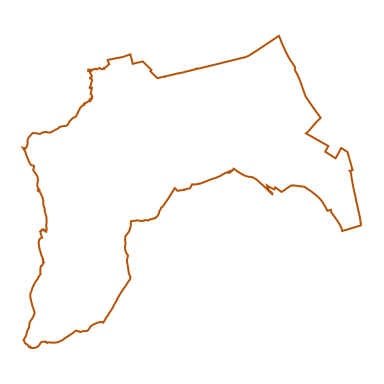 Luizi-Calugara, Bacau, Romania (Mercator projection)
{"feature_id": "2599482B12276369319500", "entity_name": "Luizi-Calugara", "entity_type": "district", "adm_level": 2, "iso_a3": "ROU", "parent_name": "Romania", "parent_adm1": "Bacau", "projection": "mercator", "projection_center": [26.83, 46.517], "detail": "fine", "context": "isolated", "style": "outline", "palette": "amber", "viewbox_px": 384, "rotation_deg": 0, "n_neighbors": 0, "source": "geoboundaries", "source_scale": "gbopen_adm2", "svg_char_len": 5734}
<svg xmlns="http://www.w3.org/2000/svg" viewBox="0 0 384 384"><path d="M23.5,339.8L24.1,340.6L24.7,342.7L25.8,343.8L27.0,344.4L27.5,344.8L28.3,345.7L28.8,346.8L29.8,347.5L30.4,346.8L30.9,347.7L31.4,347.9L33.4,348.1L34.4,347.9L35.3,347.6L37.0,347.2L38.9,345.5L39.5,344.8L40.5,343.0L40.8,342.5L41.7,342.0L44.1,341.6L45.3,341.6L45.9,341.7L46.3,342.0L46.2,342.3L46.5,342.7L46.9,342.9L47.8,342.6L48.2,342.3L50.9,342.6L53.4,342.7L55.3,342.6L57.8,342.2L62.2,340.3L63.7,339.4L63.8,338.9L72.4,333.4L75.2,331.0L76.3,330.7L77.3,330.9L78.3,331.1L79.9,332.0L80.6,332.1L82.3,331.3L83.1,331.1L86.4,331.1L87.3,330.8L88.8,329.3L89.5,328.4L90.3,326.6L91.1,325.9L93.7,324.4L97.1,322.9L100.2,322.0L101.4,321.9L103.3,322.7L106.4,317.3L107.5,316.0L109.1,313.3L112.8,307.6L114.2,304.6L116.3,301.2L118.0,297.6L120.0,294.2L121.9,291.2L126.3,284.9L127.9,282.2L129.7,279.9L130.5,277.6L130.2,276.3L129.2,274.2L128.8,273.3L128.7,272.0L127.9,266.5L126.9,261.3L127.0,259.8L128.0,255.4L126.5,253.4L126.1,252.5L125.3,250.1L125.0,248.6L125.0,247.2L125.5,243.1L125.5,241.5L125.1,240.3L125.2,237.5L125.4,236.2L127.7,233.4L128.8,231.7L129.7,230.1L130.0,228.5L130.6,226.9L130.8,225.5L130.7,223.3L131.1,222.6L130.9,221.6L131.0,221.2L137.8,220.4L141.7,221.1L142.2,220.7L144.0,220.8L144.4,220.3L146.1,220.1L147.9,220.5L149.3,220.0L150.2,219.2L151.6,219.3L153.5,218.4L154.9,218.5L155.1,218.0L157.4,216.2L158.3,214.7L159.0,213.1L159.2,211.7L159.5,210.7L160.6,209.4L161.2,207.7L162.8,206.4L168.0,199.0L174.8,188.1L176.5,189.7L176.9,190.5L177.9,190.8L182.4,190.0L184.1,190.0L184.2,189.4L185.7,189.4L187.0,188.9L188.5,188.7L190.2,188.0L192.1,184.3L193.3,184.5L196.7,184.3L199.4,183.5L199.8,183.8L209.1,180.1L213.9,178.4L215.2,178.1L218.6,176.7L221.0,175.6L223.1,174.1L228.8,171.6L228.0,172.7L228.2,172.8L228.9,172.1L229.2,172.0L229.3,172.1L229.4,172.6L229.8,172.7L232.5,170.3L233.4,169.2L233.6,168.7L241.5,174.0L245.2,175.8L248.0,176.6L252.8,177.3L256.4,179.4L264.2,186.5L272.2,194.2L272.5,193.6L268.9,190.1L268.2,189.1L267.0,185.5L268.7,186.7L274.3,189.4L275.3,187.4L281.5,191.9L284.8,189.9L286.5,188.5L290.9,185.6L292.0,185.4L295.7,185.6L301.0,186.4L304.1,186.7L306.2,187.9L307.2,188.8L310.9,191.1L315.3,194.6L318.7,197.5L320.4,199.3L322.0,201.3L323.4,203.6L325.7,207.5L327.4,210.8L330.9,209.8L331.0,211.8L338.3,222.1L339.8,224.7L341.5,228.1L342.2,231.0L348.0,229.3L360.8,225.4L361.0,224.6L360.0,218.2L359.2,214.2L357.9,208.4L357.5,206.1L356.3,201.4L355.3,196.2L354.3,191.8L352.9,185.2L351.4,176.4L351.1,173.5L350.7,172.0L350.2,171.1L349.9,170.9L352.6,170.1L347.5,152.0L341.2,148.0L335.6,158.3L325.2,151.7L328.3,146.0L306.0,133.4L308.6,131.1L316.5,121.9L320.7,117.8L317.1,113.0L311.1,104.5L306.5,97.8L305.3,95.7L299.7,79.7L298.1,76.3L298.0,75.7L294.9,70.1L294.8,69.5L295.0,67.2L292.1,62.6L290.1,59.9L287.8,55.7L285.9,52.0L281.3,42.0L281.2,41.2L279.8,37.8L278.9,35.9L255.5,51.4L247.9,56.2L245.7,57.0L213.0,65.1L198.5,68.6L196.3,68.7L196.4,69.0L183.8,72.2L179.2,73.3L179.0,73.1L168.4,75.7L166.9,76.0L165.6,76.4L165.0,76.9L164.6,76.9L164.2,76.5L159.6,77.7L157.5,78.2L150.4,71.4L151.3,70.3L151.2,70.2L151.4,69.9L142.8,61.5L136.4,62.9L132.7,63.9L130.4,54.3L122.8,57.0L107.7,59.9L108.1,61.8L109.3,64.3L108.5,64.8L106.0,67.1L104.0,67.9L104.1,69.0L101.5,69.1L100.2,68.3L99.3,68.0L98.8,68.2L98.2,68.8L97.4,68.8L96.8,69.3L96.2,69.4L95.8,69.1L95.1,68.8L94.2,68.9L93.7,69.2L92.9,69.8L92.3,70.1L91.5,69.7L88.2,69.6L88.2,71.2L90.7,70.9L90.9,71.1L90.0,72.0L90.0,72.6L91.9,76.0L91.8,76.5L91.4,77.1L90.4,77.5L90.0,77.8L89.9,78.1L90.0,78.4L90.2,78.6L91.6,78.9L91.8,79.1L92.1,80.5L92.0,81.1L91.6,81.8L90.7,85.6L90.3,86.5L89.8,87.0L89.7,87.6L89.8,88.1L90.3,88.1L91.8,87.6L92.0,87.8L92.0,88.3L91.4,89.3L91.3,89.6L91.5,90.5L91.1,92.0L90.6,93.8L91.5,94.8L92.3,96.5L91.6,97.2L91.5,97.5L91.6,97.9L92.0,98.2L92.0,98.5L91.3,98.4L90.0,98.9L89.7,99.2L89.9,99.4L90.7,99.7L90.8,100.1L90.7,100.7L90.4,101.1L89.9,101.3L89.5,101.2L89.0,100.9L88.4,101.1L88.1,101.5L86.9,102.3L86.4,102.4L85.8,103.1L84.9,103.1L84.2,103.4L84.0,103.8L84.3,104.8L83.7,105.2L82.8,105.3L82.0,105.9L81.5,106.9L80.4,107.4L79.0,110.5L78.4,111.0L78.1,112.2L75.9,116.4L74.8,117.2L73.2,117.7L69.6,121.1L68.6,123.2L67.4,125.2L65.7,125.9L62.8,126.2L59.4,127.0L58.2,128.5L54.7,130.1L51.9,131.8L49.6,132.6L47.9,132.4L45.0,131.8L43.7,132.5L42.5,132.4L41.8,133.0L40.0,134.0L33.2,132.8L31.9,133.8L29.4,136.6L28.3,138.0L27.3,141.2L27.7,142.1L27.7,143.8L27.0,145.8L26.1,147.8L25.5,148.6L24.4,148.1L24.1,148.5L23.0,148.0L25.3,151.8L25.8,153.3L26.4,155.4L28.1,159.2L29.0,161.8L30.7,164.8L34.1,166.0L33.9,168.2L33.1,169.9L34.1,171.3L35.5,173.5L36.7,175.2L37.5,176.8L37.7,177.7L38.1,180.3L37.7,181.4L37.4,183.4L37.3,186.0L38.4,188.6L39.2,189.7L37.7,190.1L38.1,191.2L39.4,190.9L40.3,192.9L40.8,193.6L42.7,198.0L43.3,201.2L43.3,202.6L43.2,204.2L43.4,205.3L44.0,206.7L44.5,208.0L44.6,208.9L44.6,210.3L45.0,212.0L46.4,216.7L46.6,221.4L46.6,222.6L46.3,224.8L46.2,226.2L46.4,227.4L46.7,228.4L46.3,231.7L45.8,231.6L46.0,230.4L45.9,229.9L45.6,229.7L44.0,230.6L43.6,230.0L43.2,229.7L43.1,229.3L42.2,229.5L42.0,229.9L41.6,229.8L41.3,230.3L41.4,230.7L41.3,231.0L40.2,231.6L40.5,232.0L40.7,233.9L41.1,234.8L41.7,236.4L41.7,237.0L42.1,237.8L40.7,238.3L39.4,239.3L39.2,239.8L39.1,240.8L38.8,241.3L38.7,241.9L38.9,245.2L39.1,246.2L39.5,248.9L40.5,252.0L40.9,253.8L43.0,259.0L42.8,259.6L43.2,259.7L43.0,261.8L43.9,262.3L43.1,263.8L41.8,265.8L41.4,266.2L40.9,266.2L40.3,269.3L40.3,270.6L40.5,274.5L39.4,275.6L37.5,279.1L35.2,282.2L34.3,283.9L32.5,287.6L31.6,290.8L31.1,291.8L30.3,294.0L30.3,294.7L30.4,297.6L31.2,301.3L31.9,303.6L32.5,306.1L33.6,309.2L34.6,312.8L34.3,314.3L33.7,315.3L33.0,317.2L30.0,321.8L29.4,323.0L29.5,324.8L29.1,326.4L29.0,327.6L27.5,330.4L27.1,331.5L26.4,334.6L26.1,335.6L24.5,338.5L23.5,339.8Z" fill="none" stroke="#b45309" stroke-width="2"/></svg>